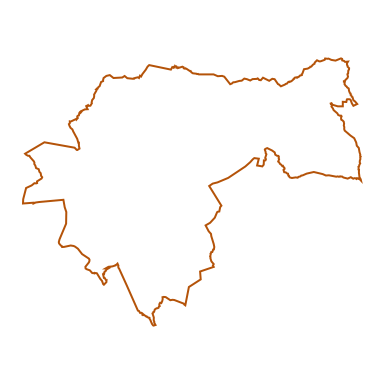 the district of Chapantongo, Hidalgo, Mexico
{"feature_id": "50627088B87076306063462", "entity_name": "Chapantongo", "entity_type": "district", "adm_level": 2, "iso_a3": "MEX", "parent_name": "Mexico", "parent_adm1": "Hidalgo", "projection": "mercator", "projection_center": [-99.438, 20.245], "detail": "fine", "context": "isolated", "style": "outline", "palette": "amber", "viewbox_px": 384, "rotation_deg": 0, "n_neighbors": 0, "source": "geoboundaries", "source_scale": "gbopen_adm2", "svg_char_len": 5859}
<svg xmlns="http://www.w3.org/2000/svg" viewBox="0 0 384 384"><path d="M137.9,310.6L139.0,311.0L140.1,312.9L141.5,312.8L142.1,313.2L143.6,314.6L142.7,315.0L143.0,315.2L144.1,314.9L146.3,316.6L146.7,316.4L147.6,317.3L149.4,317.8L149.3,318.4L150.1,319.5L152.0,323.9L153.1,325.4L153.6,325.6L155.5,325.0L154.2,322.6L154.3,321.8L153.7,320.2L153.8,317.5L152.5,313.4L153.3,312.7L153.4,312.0L154.1,311.8L154.8,309.5L156.5,308.3L157.6,308.2L158.5,307.8L158.9,306.5L159.7,306.1L159.3,304.6L159.6,303.5L160.2,302.7L161.3,303.1L162.2,301.2L162.7,299.0L162.5,297.2L163.7,296.9L165.7,297.1L170.3,300.2L172.5,299.8L174.3,300.0L183.7,303.6L184.2,304.5L185.3,305.3L188.9,287.0L200.7,279.4L200.1,271.5L213.7,266.9L212.9,265.5L213.7,264.1L211.4,261.4L210.4,258.2L210.5,257.0L210.1,256.5L210.7,254.4L210.5,253.6L211.2,252.8L211.2,252.2L212.3,252.0L213.2,249.5L213.9,249.4L214.3,247.0L213.7,244.0L211.3,236.2L211.0,233.9L208.7,231.3L205.6,225.4L210.1,222.8L214.8,217.7L217.1,212.2L217.6,211.8L219.3,211.5L220.2,207.1L221.4,205.7L209.2,186.0L212.7,183.6L217.5,182.4L228.2,177.9L245.3,166.5L250.3,162.1L252.8,159.3L254.3,158.1L258.8,158.7L257.1,165.5L262.3,166.4L263.7,164.7L263.9,160.4L265.4,160.4L265.8,159.6L265.9,159.1L265.2,158.0L266.4,154.2L265.7,153.3L265.6,151.8L264.8,149.7L265.2,149.0L267.2,148.1L271.9,150.4L274.7,152.4L275.3,154.7L277.1,155.8L278.4,155.9L278.9,156.9L278.6,158.0L279.1,159.2L278.2,161.6L279.2,162.4L279.9,163.8L281.1,164.6L282.2,166.0L282.9,165.8L283.6,167.2L284.3,167.6L284.6,168.8L283.5,169.9L284.2,172.2L285.8,172.4L287.1,173.5L288.0,173.7L288.3,175.5L288.9,175.7L288.9,176.3L289.8,177.4L291.9,178.0L295.7,177.4L297.7,177.7L298.4,176.9L300.4,176.4L301.2,175.6L302.6,175.4L306.7,173.6L313.8,172.0L322.7,174.1L325.9,175.5L328.9,175.3L336.3,176.7L337.7,176.4L339.0,176.8L340.1,176.3L340.6,176.6L342.0,176.5L343.4,177.5L347.7,178.6L350.8,177.2L353.2,178.7L354.3,178.2L355.5,178.3L356.4,178.9L356.8,178.2L357.9,178.3L358.2,178.8L359.6,179.1L361.0,180.6L360.7,179.3L359.5,177.2L358.9,172.6L359.0,169.7L358.5,169.5L358.7,167.5L358.4,166.9L359.1,166.1L359.4,164.7L360.2,163.4L359.7,162.2L359.9,160.4L360.4,159.0L360.2,157.6L360.7,156.6L360.1,155.9L360.3,154.8L359.5,152.1L358.8,148.0L356.8,145.7L356.2,142.5L354.2,138.2L350.4,135.5L344.7,130.6L344.2,129.1L344.3,127.1L343.8,125.5L344.1,123.7L343.7,121.6L342.5,120.4L341.3,119.7L341.1,119.0L341.1,117.5L341.6,116.3L341.0,115.6L339.9,115.7L338.2,115.0L337.4,113.4L333.6,110.1L332.9,108.4L331.5,106.6L332.1,105.0L330.9,104.2L330.7,103.5L331.5,103.2L332.6,104.8L337.7,106.3L342.8,106.3L342.8,101.8L346.3,102.0L346.9,99.4L347.8,99.2L349.8,99.3L350.6,99.9L351.9,103.4L353.4,105.8L357.2,104.0L355.2,101.6L353.4,100.2L352.5,97.1L351.7,96.7L351.3,95.3L350.6,94.9L350.6,93.5L349.8,92.9L349.0,90.7L348.7,88.5L347.0,87.3L346.7,86.6L345.6,85.8L344.5,84.1L344.8,81.8L343.9,81.7L343.9,81.2L345.0,81.1L345.3,80.1L347.4,78.1L348.0,76.6L347.4,74.2L348.1,73.5L348.3,70.6L349.0,69.5L349.1,68.2L347.6,66.7L347.5,65.5L347.0,64.9L346.9,63.5L348.0,61.6L345.1,61.9L344.0,60.9L342.2,60.4L342.1,58.9L341.0,58.4L335.5,60.6L331.4,59.9L328.5,58.6L327.3,58.8L325.5,58.5L325.1,58.5L324.9,59.6L324.2,60.0L320.6,61.3L319.3,61.4L317.0,60.3L314.9,62.4L314.4,63.4L314.5,63.7L312.8,64.8L311.3,66.6L310.3,66.7L310.0,67.3L307.7,68.6L304.0,69.2L302.3,73.8L301.7,74.3L301.8,75.1L299.7,75.7L299.2,76.5L297.3,77.6L297.2,77.2L294.9,77.6L293.7,78.8L293.9,79.0L291.4,81.2L289.7,81.9L289.6,81.6L288.4,81.9L286.8,83.7L285.7,83.9L284.9,84.6L280.9,86.3L278.8,84.4L278.0,84.1L274.6,79.2L272.3,78.8L269.2,80.8L263.0,77.7L260.8,80.2L259.2,80.0L258.0,78.6L257.5,78.4L256.9,78.9L252.6,79.1L250.2,80.5L247.0,79.2L244.3,78.6L241.7,80.7L239.4,80.9L234.8,82.2L233.2,82.3L231.9,83.5L230.2,84.2L224.3,76.7L222.1,75.9L217.8,76.2L213.6,74.4L198.8,74.4L198.0,73.9L197.1,74.1L196.3,73.7L192.9,73.3L191.5,72.4L190.8,71.3L190.6,71.5L186.5,68.8L185.4,68.3L185.0,68.7L183.7,68.3L183.6,67.3L182.4,66.7L178.2,68.0L178.2,67.5L176.7,67.7L176.8,67.0L176.4,66.4L175.5,66.5L175.0,66.0L174.6,67.1L174.2,67.4L173.7,67.1L173.5,67.7L172.3,67.1L170.9,69.6L149.2,65.1L147.6,66.6L145.7,69.8L142.4,74.1L141.1,76.5L140.0,75.7L139.0,78.0L137.9,77.3L134.9,78.0L134.4,78.6L133.6,78.4L133.2,78.8L127.3,78.2L124.6,76.0L122.3,77.5L113.5,78.0L109.8,75.1L106.4,75.9L103.6,78.0L103.1,79.9L103.1,81.1L101.1,82.0L99.6,86.2L98.3,87.2L97.6,88.6L97.1,88.4L96.2,89.3L96.8,89.5L96.2,91.0L94.1,94.6L94.2,96.1L93.8,98.1L92.2,100.0L91.6,102.5L91.9,103.2L90.4,105.7L88.0,105.9L87.9,105.2L86.2,106.1L87.6,109.2L84.8,109.4L81.7,110.9L81.8,111.3L80.8,112.5L80.5,111.6L80.0,112.0L79.3,113.0L78.9,115.4L77.7,115.8L77.3,116.3L77.2,117.0L77.8,118.0L76.5,119.5L76.3,118.9L70.6,121.6L69.8,121.4L69.8,123.2L68.9,124.1L69.4,125.6L70.5,127.8L72.4,129.4L73.2,131.4L77.2,138.8L78.2,142.2L78.4,142.0L78.9,142.5L78.9,145.9L79.5,148.6L77.3,150.0L76.7,149.9L74.6,147.7L44.4,142.3L25.1,153.7L26.2,154.8L28.1,155.8L29.4,155.8L30.3,157.3L33.9,161.4L34.4,162.6L34.3,164.0L35.3,165.5L36.1,168.1L38.7,169.2L39.4,171.8L40.7,173.2L41.1,175.8L42.2,177.2L41.6,178.5L37.0,181.4L37.1,183.1L36.1,183.4L34.4,183.2L31.7,185.4L26.1,188.0L23.2,199.2L23.0,203.5L33.5,202.7L33.5,203.5L35.7,202.5L39.3,202.0L63.4,199.8L64.7,207.2L66.3,212.0L66.1,223.7L59.5,239.4L58.8,242.1L59.1,243.5L61.0,245.7L61.9,246.2L62.1,247.0L64.1,246.9L70.7,245.5L73.7,246.0L75.0,246.6L77.9,248.7L82.1,254.1L88.9,258.6L89.5,259.8L89.4,261.1L88.9,262.4L85.4,266.8L85.6,268.5L86.9,269.3L89.8,270.3L92.2,273.0L93.4,273.2L94.3,272.9L94.6,273.4L95.7,273.0L96.9,273.3L100.3,278.9L102.0,280.9L103.2,284.1L103.9,284.7L106.4,282.1L106.5,280.5L106.3,280.6L104.6,277.9L103.9,277.9L103.0,274.1L103.4,273.6L104.1,273.9L104.6,271.6L105.6,271.1L106.5,269.5L108.0,268.6L105.5,268.5L108.5,266.8L112.4,266.4L115.5,265.4L115.5,265.1L116.4,264.7L117.5,263.6L118.2,265.3L117.5,265.5L118.2,265.5L118.4,267.7L119.1,268.6L126.8,285.5L137.9,310.6Z" fill="none" stroke="#b45309" stroke-width="2"/></svg>